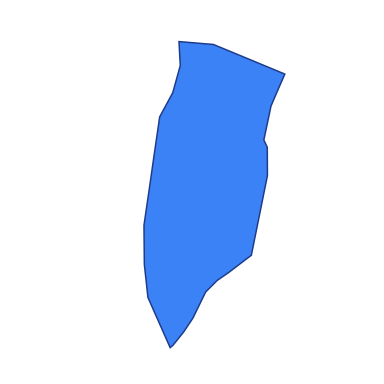 Chollima, P'yŏngan-namdo, North Korea (Equal Earth projection), rotated 28°
{"feature_id": "82179303B23985566152661", "entity_name": "Chollima", "entity_type": "district", "adm_level": 2, "iso_a3": "PRK", "parent_name": "North Korea", "parent_adm1": "P'yŏngan-namdo", "projection": "equal_earth", "projection_center": [125.571, 38.952], "detail": "fine", "context": "isolated", "style": "filled", "palette": "blue", "viewbox_px": 384, "rotation_deg": 28, "n_neighbors": 0, "source": "geoboundaries", "source_scale": "gbopen_adm2", "svg_char_len": 475}
<svg xmlns="http://www.w3.org/2000/svg" viewBox="0 0 384 384"><g transform="rotate(28 192 192)"><path d="M109.9,65.3L122.3,85.9L128.4,113.4L128.2,140.8L140.5,175.2L152.9,209.5L165.2,243.9L183.9,278.3L202.6,305.8L245.8,339.7L247.2,336.2L250.4,319.2L252.0,302.9L251.0,273.8L255.8,258.2L262.3,245.6L271.1,226.4L274.1,220.0L250.9,142.1L237.5,117.2L231.0,112.3L221.4,79.0L220.3,66.2L218.6,44.3L141.6,51.7L109.9,65.3Z" fill="#3b82f6" stroke="#1e3a8a" stroke-width="1.5"/></g></svg>